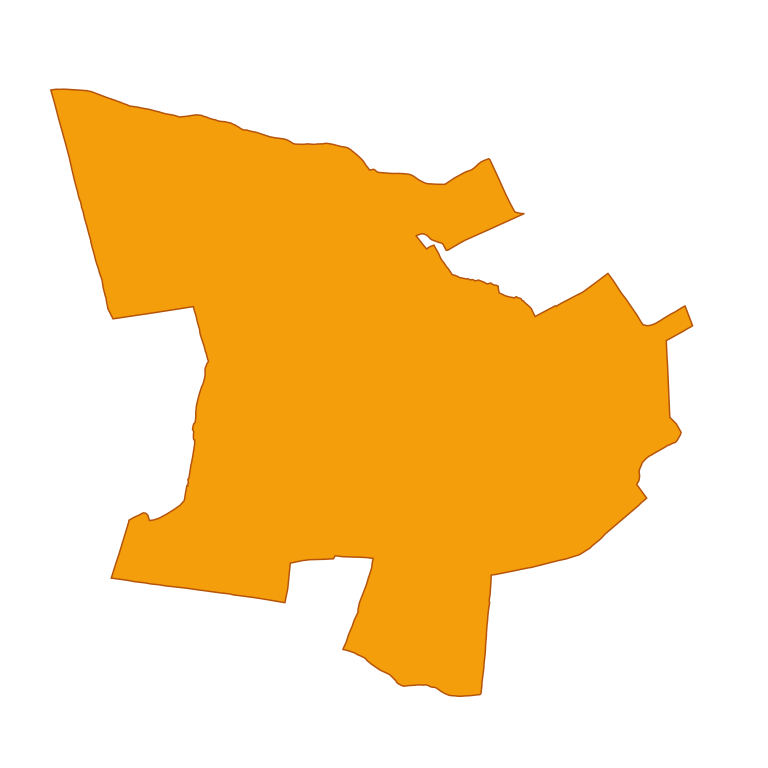 outline of Pogonesti, Vaslui, Romania, rotated 266°
{"feature_id": "2599482B54891306865908", "entity_name": "Pogonesti", "entity_type": "district", "adm_level": 2, "iso_a3": "ROU", "parent_name": "Romania", "parent_adm1": "Vaslui", "projection": "orthographic", "projection_center": [27.531, 46.153], "detail": "fine", "context": "isolated", "style": "filled", "palette": "amber", "viewbox_px": 768, "rotation_deg": 266, "n_neighbors": 0, "source": "geoboundaries", "source_scale": "gbopen_adm2", "svg_char_len": 6104}
<svg xmlns="http://www.w3.org/2000/svg" viewBox="0 0 768 768"><g transform="rotate(266 384 384)"><path d="M251.8,638.1L266.0,629.2L266.5,629.3L269.5,631.4L271.4,632.0L273.5,632.4L275.7,632.6L278.4,632.4L280.3,632.7L282.5,633.7L286.3,635.7L287.2,635.9L289.3,638.0L291.5,640.5L292.4,641.7L293.6,643.7L294.7,646.2L296.0,648.7L301.4,659.9L303.1,663.1L303.4,664.9L304.7,667.6L305.4,670.5L307.4,672.6L312.6,676.1L315.1,677.0L324.0,672.7L330.8,666.8L384.6,668.2L390.6,668.2L407.6,668.6L415.5,685.7L418.0,690.5L420.0,694.9L420.6,695.9L440.8,689.8L440.8,689.6L438.8,685.3L438.2,684.5L437.2,682.2L436.4,681.0L435.7,679.6L433.6,674.7L430.9,669.6L429.9,667.5L428.5,665.1L425.6,659.4L424.7,657.0L424.1,654.4L423.8,652.6L423.8,650.5L424.5,648.4L424.9,646.7L428.2,644.6L434.9,641.3L452.7,630.8L456.0,628.5L459.1,626.6L471.2,619.9L478.7,615.1L469.3,600.6L461.6,588.4L459.7,583.7L452.0,566.1L449.4,561.0L450.0,560.3L449.8,559.7L440.8,539.5L442.2,538.8L448.9,536.2L450.7,534.8L456.1,529.5L457.1,529.0L457.6,527.7L459.7,526.5L460.4,524.3L461.9,521.9L460.8,520.2L462.1,515.2L463.5,511.2L467.0,505.2L471.3,504.7L473.5,504.8L474.8,502.6L474.9,500.9L476.4,498.5L477.3,497.8L476.6,493.9L478.5,491.0L481.1,485.6L480.5,482.1L481.7,480.3L482.1,479.2L481.8,477.8L482.4,476.1L483.1,475.3L483.0,473.8L485.0,466.5L486.1,465.1L486.7,463.6L487.4,462.8L487.4,461.9L488.4,459.5L489.6,459.0L494.9,455.9L496.7,454.5L500.8,452.2L502.3,451.1L504.2,449.9L507.6,448.5L510.6,447.5L517.8,444.0L519.0,443.6L518.8,442.6L517.9,439.8L516.9,437.5L515.8,436.4L515.8,435.9L519.2,433.4L527.5,427.8L529.6,426.4L529.9,426.7L530.8,430.2L531.3,432.7L530.1,436.0L529.1,437.3L527.2,439.2L525.7,440.3L524.7,441.5L523.8,443.3L521.4,448.6L520.5,451.4L519.2,452.7L513.0,455.4L513.1,457.1L519.2,469.3L521.9,475.3L530.6,499.1L541.7,528.9L544.2,535.9L544.5,533.0L545.2,530.0L546.2,527.4L546.6,526.6L547.8,525.9L554.7,522.8L565.4,518.4L581.8,512.4L600.6,505.2L601.4,504.1L599.8,498.9L598.5,495.9L597.1,493.8L593.5,489.4L591.7,486.5L591.0,484.7L590.3,481.6L589.4,479.1L584.3,468.1L579.4,459.6L579.0,458.5L579.0,457.2L579.7,449.5L580.8,441.3L581.1,440.2L581.8,438.6L584.3,434.3L585.9,432.0L587.5,430.2L589.5,427.6L590.6,425.7L591.4,423.8L592.1,420.5L593.0,413.8L593.4,407.0L595.3,394.3L595.7,392.6L596.6,391.4L598.2,389.8L598.9,388.6L598.4,384.3L599.6,383.9L603.2,381.4L607.9,378.8L610.5,376.7L614.7,372.8L616.3,371.0L619.3,367.9L621.3,365.6L622.1,364.2L622.8,362.5L624.0,357.3L626.6,349.8L627.6,345.9L628.1,343.5L628.1,341.3L627.8,339.8L628.1,334.5L627.9,331.7L628.1,329.4L628.5,327.1L628.9,324.0L628.7,320.7L629.2,315.1L629.6,311.9L630.2,310.3L633.4,305.8L634.4,304.0L635.1,302.2L635.7,300.1L637.0,293.5L638.6,287.1L642.9,276.8L643.6,275.3L645.8,267.6L647.1,264.4L647.0,262.9L647.1,262.1L648.5,259.3L650.1,257.3L653.2,252.8L653.7,251.4L654.7,250.0L655.3,248.6L655.6,247.2L656.8,243.5L657.0,241.5L657.7,238.0L658.3,236.1L659.2,234.5L660.2,230.9L661.4,227.9L662.8,225.3L663.2,223.9L664.8,220.3L665.6,215.2L664.8,205.4L664.7,199.8L664.6,198.3L665.2,197.2L666.3,194.4L667.0,192.3L668.7,185.3L669.9,181.7L670.8,179.5L671.4,177.9L672.1,175.4L674.4,168.8L676.2,161.5L677.4,157.6L679.0,149.8L679.6,148.6L680.4,147.3L681.9,143.7L683.5,140.6L689.5,126.6L696.1,112.4L697.3,108.1L697.8,105.0L699.9,89.7L700.5,84.3L700.6,80.7L700.9,77.0L700.5,72.1L687.6,74.9L672.0,77.8L644.5,83.4L632.5,85.7L618.7,87.8L607.1,89.7L597.2,91.7L592.9,92.3L589.5,93.1L586.7,94.0L582.7,94.6L581.3,94.6L577.7,95.7L569.8,96.9L563.3,98.4L554.5,100.0L547.5,101.5L546.0,101.4L544.6,101.8L542.3,102.1L531.7,104.3L529.7,104.5L523.8,105.8L520.5,106.8L514.5,108.0L508.0,109.8L506.3,110.1L500.1,110.5L491.3,112.1L489.3,112.7L486.8,112.8L478.1,113.9L467.9,118.2L471.1,159.2L474.5,199.2L470.8,199.8L466.0,201.1L458.5,202.2L451.9,203.7L447.4,204.0L445.2,204.4L433.7,207.3L428.5,208.2L427.0,208.8L421.6,209.7L419.5,210.3L418.7,210.3L417.8,209.8L417.1,209.1L412.4,206.8L411.0,206.5L406.4,206.3L403.4,205.7L400.0,204.7L396.9,203.5L393.5,201.7L387.3,199.2L379.9,196.7L374.8,195.2L370.3,194.6L368.8,194.2L364.9,194.0L362.7,193.7L358.8,192.9L357.5,191.4L355.0,190.5L351.9,189.8L350.7,190.5L349.6,190.8L346.3,190.3L343.0,190.1L341.7,190.4L341.5,190.6L341.3,191.2L337.8,191.0L326.6,188.5L318.8,186.5L317.3,185.9L303.9,182.9L303.0,182.0L302.3,181.7L301.6,181.7L300.7,182.0L300.0,182.0L298.7,181.5L296.3,181.2L296.1,181.1L296.4,180.3L289.7,178.5L284.3,177.3L281.5,176.5L277.2,172.0L273.6,166.0L269.1,157.6L265.8,150.2L264.4,144.6L264.2,140.5L269.7,139.2L271.8,137.1L272.2,134.8L272.0,134.1L270.7,131.4L268.2,124.8L265.9,120.1L264.1,119.7L232.1,107.5L225.0,104.5L209.4,98.4L206.2,113.8L204.1,122.0L202.3,131.6L200.7,138.0L199.4,145.7L197.8,152.3L194.2,172.2L191.8,183.3L187.0,206.4L185.4,215.3L184.2,218.8L179.7,241.0L172.8,269.9L186.5,273.7L211.8,278.0L213.5,290.0L213.9,297.6L213.3,312.2L213.2,321.3L216.1,323.4L214.6,330.7L213.2,344.4L212.9,347.8L212.0,355.0L210.8,361.0L205.3,359.5L202.5,359.2L200.2,358.4L194.6,356.2L192.1,355.0L188.8,353.9L183.8,351.9L168.1,344.5L165.4,343.6L160.5,342.3L159.8,342.2L158.4,342.3L150.2,337.7L144.5,335.3L136.5,331.2L128.9,328.2L123.2,325.0L122.0,324.6L121.7,326.0L119.9,331.1L117.9,335.7L115.6,339.1L114.5,341.5L111.8,346.0L108.8,348.3L105.4,351.9L98.8,360.2L93.9,369.2L87.1,375.2L86.3,375.4L84.8,376.4L83.8,377.6L81.6,381.3L81.2,382.7L81.2,383.9L81.4,387.6L81.4,391.7L81.3,393.0L81.5,396.1L81.4,398.4L80.9,401.8L81.0,404.4L80.8,405.4L80.2,406.9L79.3,408.3L78.5,409.9L78.2,411.0L77.9,413.2L77.2,414.8L75.8,416.7L75.0,417.5L73.2,419.8L71.2,422.7L68.9,427.3L68.3,430.2L68.0,432.9L67.6,434.8L67.4,436.5L67.3,437.2L67.1,439.3L67.2,443.3L67.1,446.5L67.2,451.4L67.4,454.1L67.4,457.0L67.6,458.2L68.4,459.0L69.2,459.3L76.3,460.6L78.8,460.8L93.9,463.8L97.0,464.1L108.5,466.2L118.2,467.4L125.0,468.5L128.3,468.8L137.2,470.1L140.7,470.8L144.8,471.3L151.9,472.6L158.8,474.2L159.4,473.8L162.4,474.1L165.9,475.0L180.1,477.0L185.4,477.5L185.8,477.8L186.0,478.2L186.0,478.8L186.2,482.4L190.6,515.8L190.7,517.9L195.7,545.6L196.8,553.4L200.1,567.1L206.1,578.3L208.0,580.3L213.8,588.5L215.8,590.9L218.9,594.1L245.3,629.8L247.5,632.2L251.8,638.1Z" fill="#f59e0b" stroke="#b45309" stroke-width="1.5"/></g></svg>